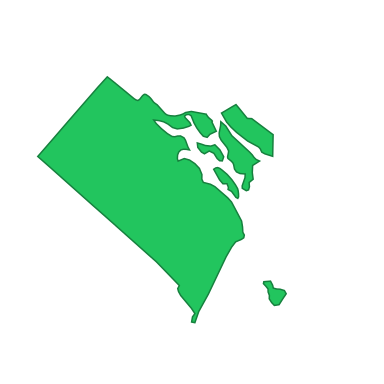 an SVG outline of Rhode Island, rotated 312°
{"feature_id": "USA-3539", "entity_name": "Rhode Island", "entity_type": "State", "adm_level": 1, "iso_a3": "USA", "parent_name": "United States of America", "parent_adm1": "", "projection": "natural_earth1", "projection_center": [-71.395, 41.581], "detail": "fine", "context": "isolated", "style": "filled", "palette": "green", "viewbox_px": 384, "rotation_deg": 312, "n_neighbors": 0, "source": "natural_earth", "source_scale": "10m", "svg_char_len": 3033}
<svg xmlns="http://www.w3.org/2000/svg" viewBox="0 0 384 384"><g transform="rotate(312 192 192)"><path d="M259.4,150.6L259.0,151.3L258.4,154.3L258.5,158.6L258.3,159.7L257.3,160.0L253.4,169.4L246.9,166.7L242.8,166.7L241.0,163.1L241.5,158.6L242.8,152.8L244.7,147.2L248.1,140.3L247.6,137.9L245.9,136.2L243.5,135.6L242.7,137.0L242.1,144.0L241.0,146.6L238.6,145.7L233.7,142.8L229.0,138.8L226.9,134.4L226.4,128.7L225.2,124.0L223.1,119.9L219.9,115.4L218.9,119.6L218.6,126.9L218.9,134.5L219.9,140.0L221.5,142.2L223.9,143.8L226.0,146.0L226.9,149.8L226.1,152.5L222.7,158.9L221.6,162.0L219.8,159.1L218.0,157.0L215.9,155.6L212.9,155.4L209.9,156.5L207.0,158.8L205.7,161.0L211.7,163.9L214.1,168.8L215.0,175.2L214.5,181.7L211.6,187.7L208.1,190.7L206.7,194.0L210.1,200.5L211.3,205.5L211.6,222.4L211.0,228.1L203.6,248.3L199.8,253.0L196.1,256.7L195.0,259.7L192.6,261.1L190.0,260.5L184.2,257.8L177.7,258.3L166.7,260.7L127.0,272.5L107.7,277.0L96.8,281.6L95.1,278.7L99.6,275.9L99.8,275.9L103.6,275.5L105.2,269.2L107.5,252.9L109.0,248.6L110.7,246.0L114.0,245.2L115.4,225.3L116.3,212.0L116.2,202.3L116.1,183.7L116.0,165.1L115.9,146.5L115.7,127.9L115.6,109.4L115.5,90.8L115.4,72.2L115.2,53.6L138.4,53.2L161.5,52.7L184.6,52.3L207.7,51.9L220.9,52.0L221.2,56.4L221.7,66.5L222.6,86.7L223.0,88.9L223.8,90.6L225.8,91.1L230.6,90.8L232.7,91.2L233.6,92.4L234.1,96.0L234.0,98.3L233.7,100.3L233.1,103.1L233.1,104.6L233.5,107.8L232.3,118.7L232.3,120.4L232.8,122.5L234.2,124.9L237.1,128.6L241.3,131.7L244.2,133.2L246.7,134.0L251.4,137.6L259.4,150.6ZM288.9,213.9L272.5,228.1L269.1,220.6L268.3,217.2L269.8,213.7L270.0,211.3L267.1,199.3L266.1,185.1L266.3,177.4L267.1,171.0L270.4,161.1L273.8,162.2L278.0,163.5L282.2,164.8L286.4,166.2L285.8,170.6L285.1,175.0L284.4,179.4L283.7,183.8L284.4,184.7L285.1,185.6L285.8,186.4L286.5,187.3L287.2,195.3L287.9,203.2L288.6,211.1L288.9,213.9ZM247.0,191.7L248.5,188.1L250.0,179.1L251.5,175.3L254.0,172.7L260.4,168.9L263.5,166.4L263.6,173.0L260.5,183.9L260.2,208.1L259.9,211.9L259.2,215.0L259.1,217.9L260.2,221.5L252.3,219.3L246.8,223.8L242.4,228.9L237.3,228.1L234.3,231.2L231.4,232.6L229.3,231.5L228.4,226.9L230.1,225.2L238.1,221.8L241.0,219.5L237.8,215.3L236.7,211.6L237.5,208.2L240.0,204.9L240.9,203.2L241.2,200.9L241.0,196.2L241.8,195.0L245.5,192.8L247.0,191.7ZM176.7,314.3L175.0,316.7L176.6,319.9L178.7,322.5L180.6,326.6L179.4,330.1L173.6,330.9L166.5,332.1L162.8,329.1L163.1,325.2L164.3,320.9L167.0,318.6L168.6,315.5L170.8,313.4L171.4,309.9L171.7,306.4L173.4,305.4L174.8,306.7L178.3,310.0L176.7,314.3ZM228.4,199.3L228.6,206.3L227.8,213.4L226.4,219.5L225.0,223.7L223.8,225.5L221.7,227.9L219.5,229.9L217.9,230.3L217.4,228.2L218.9,221.0L218.0,217.1L219.6,216.1L220.3,215.1L220.8,213.9L221.6,212.5L218.8,209.5L219.5,204.3L223.4,192.9L225.7,193.5L227.3,194.7L228.1,196.7L228.4,199.3ZM239.4,192.0L235.4,193.7L233.7,191.6L233.7,188.3L235.4,182.4L234.0,177.4L228.7,175.7L228.0,172.3L229.0,166.5L232.0,163.1L234.0,167.3L235.4,170.7L238.7,175.3L242.4,177.4L242.0,184.5L239.4,192.0Z" fill="#22c55e" stroke="#15803d" stroke-width="1.5"/></g></svg>